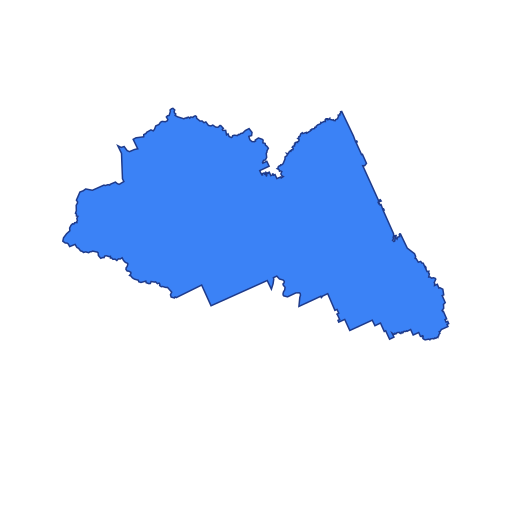 Muswellbrook, New South Wales, Australia (orthographic projection), rotated 56°
{"feature_id": "25037944B88537048948574", "entity_name": "Muswellbrook", "entity_type": "district", "adm_level": 2, "iso_a3": "AUS", "parent_name": "Australia", "parent_adm1": "New South Wales", "projection": "orthographic", "projection_center": [150.528, -32.488], "detail": "fine", "context": "isolated", "style": "filled", "palette": "blue", "viewbox_px": 512, "rotation_deg": 56, "n_neighbors": 0, "source": "geoboundaries", "source_scale": "gbopen_adm2", "svg_char_len": 6134}
<svg xmlns="http://www.w3.org/2000/svg" viewBox="0 0 512 512"><g transform="rotate(56 256 256)"><path d="M135.7,407.9L138.5,406.9L139.7,405.4L140.9,404.9L144.0,405.2L145.2,399.5L148.7,399.7L150.5,398.8L153.6,398.6L155.3,397.3L156.6,397.1L157.3,394.9L159.7,392.9L159.7,391.2L160.4,390.1L160.6,388.7L163.9,385.5L165.0,385.1L167.5,386.4L171.1,386.0L171.6,383.9L172.4,382.9L171.5,381.5L172.0,380.0L174.4,378.1L174.9,376.9L176.3,377.8L176.9,376.8L178.7,376.5L179.8,374.6L181.9,373.9L181.4,371.7L182.6,370.1L182.6,368.0L185.8,368.3L188.2,367.9L190.4,366.5L191.2,366.9L192.7,368.7L193.1,370.2L194.4,371.3L196.4,371.2L197.4,370.0L199.5,368.9L200.8,369.7L201.4,371.7L202.5,370.9L205.0,370.7L207.2,369.7L210.3,367.1L211.8,367.6L213.6,366.2L215.2,361.4L216.7,362.0L219.0,360.3L219.7,359.0L218.5,357.2L220.9,354.7L221.2,353.7L223.8,353.2L224.3,351.5L225.7,351.5L226.6,352.4L228.5,351.7L229.1,350.4L231.5,348.5L232.6,346.9L238.8,346.1L240.3,348.6L242.6,349.3L245.2,347.1L244.7,346.0L245.9,345.3L249.7,317.3L272.1,321.1L282.6,260.4L292.1,261.8L288.6,257.4L285.2,254.3L283.7,253.7L284.3,250.0L288.2,249.4L291.0,247.0L292.8,246.7L293.9,247.6L294.3,249.3L295.6,249.7L298.2,249.4L300.2,251.2L301.0,253.1L302.2,254.5L303.4,255.3L304.6,255.3L307.5,252.7L308.9,243.5L310.8,240.6L311.7,240.3L313.3,241.0L314.9,242.9L321.8,248.6L325.6,224.9L327.0,225.1L326.7,223.7L326.4,223.6L327.3,217.6L345.2,221.0L345.6,218.7L349.7,219.4L349.4,222.1L349.6,221.2L355.5,222.2L355.2,224.0L357.1,224.4L358.2,217.9L370.2,219.9L374.2,195.5L380.3,196.4L381.2,190.3L390.3,191.9L390.5,190.3L399.7,191.8L400.4,187.0L396.0,186.3L398.1,185.5L398.3,184.8L397.8,184.0L398.8,183.6L398.4,181.8L399.7,179.6L400.4,179.9L401.3,179.3L400.7,177.5L401.8,177.3L401.2,175.4L402.2,174.3L402.3,172.9L402.9,172.8L403.4,168.9L409.4,169.9L410.4,163.9L414.6,164.6L415.6,163.5L415.0,162.7L415.4,162.3L416.2,162.4L417.5,163.7L418.4,163.6L420.1,162.7L421.5,159.3L422.7,158.7L422.3,157.8L423.5,155.3L424.2,154.9L424.0,153.5L424.8,153.0L424.7,151.3L425.3,150.8L424.5,150.1L424.4,149.2L423.3,148.3L423.0,146.8L421.2,146.4L421.5,145.5L420.6,143.4L421.8,136.3L419.5,135.9L419.8,134.1L417.4,133.6L417.1,135.4L414.4,134.9L414.7,133.1L406.7,131.6L406.6,132.2L405.2,132.2L404.3,129.6L400.9,127.6L400.5,125.2L392.9,123.8L393.2,122.1L388.0,119.7L385.1,121.3L384.9,122.3L380.8,121.5L380.3,124.5L378.9,123.3L377.7,123.1L375.7,119.9L374.8,119.9L373.3,121.0L372.5,122.9L370.7,123.5L370.0,124.6L367.8,122.3L366.7,122.5L365.3,121.2L364.6,122.9L360.9,122.3L361.0,121.7L359.5,121.4L359.4,122.1L355.5,121.4L354.6,122.4L352.6,122.5L351.9,124.9L347.6,124.7L347.0,125.4L345.6,123.9L342.7,123.3L334.1,126.2L318.5,123.9L318.0,124.4L318.3,125.2L320.2,126.0L319.6,128.1L320.8,129.6L318.9,129.9L317.4,128.4L316.8,129.4L317.0,130.2L318.9,130.6L321.2,132.7L321.1,133.6L319.3,134.0L318.7,132.4L317.1,131.8L316.5,130.8L314.4,129.5L289.4,125.1L289.6,124.1L288.2,123.9L288.1,124.8L283.4,123.6L283.3,124.6L281.5,124.3L281.4,125.0L279.7,124.7L280.4,121.5L278.8,121.5L278.6,122.8L279.1,123.5L240.8,117.0L241.9,115.5L241.0,112.6L231.2,110.9L231.0,111.8L218.1,109.6L218.0,108.3L216.9,108.2L216.7,109.5L210.9,108.1L184.1,104.1L183.7,105.2L184.7,105.7L184.9,106.9L185.9,107.5L185.2,109.1L186.2,109.4L187.8,111.7L187.5,113.9L188.1,114.6L187.3,115.7L186.3,115.7L186.2,116.3L184.1,118.3L183.1,117.8L183.3,120.2L182.7,120.7L182.1,120.1L181.4,121.2L181.7,122.4L183.3,123.3L182.6,124.2L182.2,126.9L181.5,127.6L182.2,127.9L182.4,129.1L181.8,131.4L182.1,133.6L182.8,134.2L182.2,135.3L183.1,136.2L182.0,138.8L182.6,139.6L182.0,140.3L182.7,141.0L182.5,145.3L181.7,145.1L180.7,148.7L179.7,148.7L179.8,150.7L181.3,152.6L181.0,153.7L182.2,154.6L181.9,155.6L183.7,155.2L184.7,156.4L184.5,158.0L185.0,158.2L184.1,159.1L184.3,159.6L184.0,160.2L185.0,160.8L184.7,161.5L186.3,162.5L185.7,163.6L186.1,165.2L187.5,164.9L188.5,166.0L187.9,167.0L188.2,167.6L187.9,168.4L188.7,168.7L188.0,169.9L189.2,172.1L188.1,173.2L189.1,173.1L190.1,174.2L190.1,176.5L191.9,177.8L194.6,181.9L194.8,183.8L194.2,184.6L194.7,185.3L194.3,186.4L194.5,187.7L195.4,188.4L195.4,189.6L197.2,188.6L198.8,189.1L199.0,188.2L200.4,187.4L201.9,189.5L204.4,189.6L205.4,189.0L205.4,191.5L204.3,191.3L203.5,195.4L199.1,194.7L198.9,196.2L197.4,196.0L197.3,196.3L198.1,196.5L197.7,198.8L193.9,198.1L193.6,199.6L194.3,199.7L194.2,200.5L192.1,201.0L192.7,201.8L195.4,202.2L195.4,202.6L193.9,202.3L193.2,203.0L191.7,202.8L191.2,204.9L192.4,205.2L192.3,205.7L189.9,205.6L187.3,205.2L188.9,194.9L183.5,194.1L182.9,198.4L182.1,198.3L180.9,196.2L181.6,194.6L180.2,192.0L176.6,190.1L175.9,188.7L175.0,188.2L173.6,185.5L171.1,185.6L169.5,186.2L167.8,185.5L166.0,187.0L163.9,185.3L162.7,185.6L159.5,188.0L159.5,191.9L160.4,192.1L160.4,193.3L158.9,195.4L156.1,196.1L152.8,195.1L153.7,192.3L151.3,190.2L146.5,190.5L146.0,194.6L146.7,198.5L145.9,200.0L146.1,201.8L145.4,202.6L145.8,204.0L143.7,206.5L143.2,208.1L144.0,209.1L144.0,210.2L141.9,211.5L139.1,210.9L139.1,212.7L134.9,210.9L133.3,213.3L132.1,213.1L131.9,211.7L128.1,212.3L127.6,213.1L128.1,215.0L127.6,216.2L126.5,217.4L123.3,218.6L123.0,220.6L121.2,222.4L116.8,222.6L116.4,224.6L113.9,225.2L112.9,226.9L108.7,228.2L107.0,227.4L105.8,228.0L105.5,230.1L105.8,230.9L104.3,232.3L104.7,233.9L103.2,234.2L102.6,235.8L103.0,236.2L102.1,237.4L101.9,239.1L96.6,243.3L94.2,244.4L93.4,243.1L91.7,243.6L90.5,243.1L89.5,241.7L87.1,242.3L86.7,243.7L86.9,245.6L88.4,246.3L90.9,249.4L90.3,250.9L90.6,252.6L93.5,252.7L94.3,254.0L94.0,256.1L91.9,258.6L91.7,260.4L92.7,262.9L92.1,266.4L94.2,269.3L94.8,271.2L92.7,272.6L92.3,277.5L92.9,278.6L92.6,281.2L94.4,282.4L90.9,289.4L90.6,292.6L101.0,294.1L99.7,297.4L98.7,302.6L96.5,303.9L91.5,304.1L90.6,307.1L87.3,308.9L95.7,310.1L117.3,323.5L120.4,323.9L120.1,329.4L118.3,330.6L116.1,331.2L115.0,336.8L115.4,337.6L114.1,338.8L113.3,341.6L112.2,342.4L110.0,354.9L105.2,359.7L105.3,362.8L104.5,366.2L109.3,373.7L111.2,373.6L112.3,374.4L113.4,376.7L118.1,379.7L119.6,381.8L120.7,381.4L122.4,382.5L123.5,381.5L124.8,383.6L126.7,384.2L127.4,385.7L128.1,385.8L127.0,387.7L127.6,389.1L126.7,390.1L127.1,392.2L128.6,394.9L131.0,396.2L131.6,400.5L133.3,405.4L135.7,407.9Z" fill="#3b82f6" stroke="#1e3a8a" stroke-width="1.5"/></g></svg>